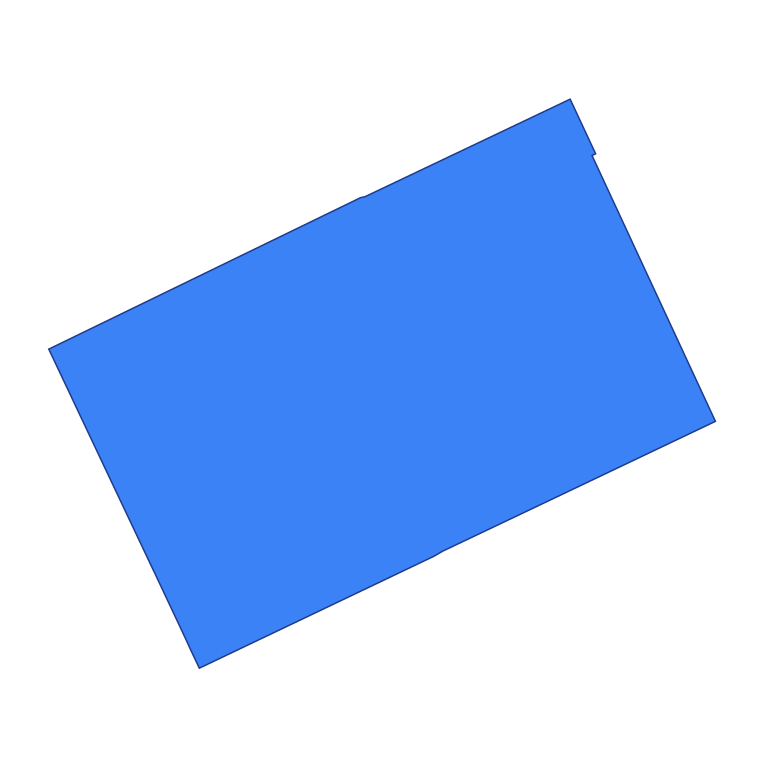 Kit Carson, Colorado, United States of America, rotated 155°
{"feature_id": "52423323B73270525883232", "entity_name": "Kit Carson", "entity_type": "district", "adm_level": 2, "iso_a3": "USA", "parent_name": "United States of America", "parent_adm1": "Colorado", "projection": "mercator", "projection_center": [-102.364, 39.306], "detail": "fine", "context": "isolated", "style": "filled", "palette": "blue", "viewbox_px": 768, "rotation_deg": 155, "n_neighbors": 0, "source": "geoboundaries", "source_scale": "gbopen_adm2", "svg_char_len": 455}
<svg xmlns="http://www.w3.org/2000/svg" viewBox="0 0 768 768"><g transform="rotate(155 384 384)"><path d="M673.1,557.3L672.8,502.1L672.8,499.8L672.8,497.2L672.2,386.1L671.9,338.9L671.8,318.9L671.7,309.1L671.7,305.6L671.5,250.0L671.5,229.6L671.6,228.1L671.5,208.4L671.5,204.5L411.3,206.8L401.6,207.7L281.4,208.6L99.4,210.1L98.9,503.2L94.9,503.2L94.9,563.5L322.2,561.8L326.5,562.8L673.1,557.3Z" fill="#3b82f6" stroke="#1e3a8a" stroke-width="1.5"/></g></svg>